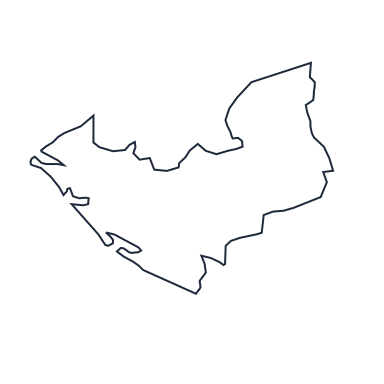 the District of Mulativ, rotated 165°
{"feature_id": "LKA-2458", "entity_name": "Mulativ", "entity_type": "District", "adm_level": 1, "iso_a3": "LKA", "parent_name": "Sri Lanka", "parent_adm1": "", "projection": "orthographic", "projection_center": [80.639, 9.196], "detail": "fine", "context": "isolated", "style": "outline", "palette": "slate", "viewbox_px": 384, "rotation_deg": 165, "n_neighbors": 0, "source": "natural_earth", "source_scale": "10m", "svg_char_len": 1842}
<svg xmlns="http://www.w3.org/2000/svg" viewBox="0 0 384 384"><g transform="rotate(165 192 192)"><path d="M214.5,92.7L259.3,129.2L259.7,129.8L262.3,134.3L266.6,139.6L274.7,147.3L279.9,154.0L275.3,156.4L272.7,155.3L272.4,155.1L268.3,150.0L266.1,148.8L259.3,147.7L256.3,148.6L257.8,151.7L258.3,152.6L277.9,171.0L285.6,175.2L282.6,170.5L280.7,166.1L281.7,162.9L286.9,161.7L289.4,163.3L293.4,175.2L297.0,182.5L311.4,211.4L308.5,210.3L300.5,207.3L295.5,207.2L293.4,212.7L296.4,214.1L302.5,215.1L308.0,218.6L308.1,219.0L308.9,227.3L311.5,227.3L312.7,225.1L313.9,224.2L315.2,223.5L316.9,222.3L318.8,230.0L319.0,230.9L324.4,243.2L331.6,254.2L338.9,259.0L339.5,259.4L340.3,260.2L340.3,262.8L338.5,265.5L335.0,266.8L334.0,265.7L329.8,259.0L325.3,256.6L314.9,253.9L308.9,251.1L311.7,255.0L313.2,257.1L326.9,270.0L326.9,271.3L320.9,273.9L313.6,276.0L307.0,279.9L299.8,282.0L282.3,284.3L267.4,291.3L274.4,265.3L269.8,259.2L257.7,251.8L245.8,249.9L240.2,253.7L234.3,255.2L235.0,250.0L238.6,244.6L234.2,236.8L224.0,235.7L222.7,223.4L210.9,218.9L198.6,219.2L197.7,221.1L197.0,223.1L193.4,225.1L189.7,227.0L183.2,232.8L173.9,236.9L168.0,228.2L158.6,222.2L145.6,222.5L138.2,222.1L131.4,222.7L130.5,228.3L133.4,232.3L138.9,233.2L139.3,236.3L139.3,239.8L140.7,246.3L141.1,252.8L134.3,263.1L123.8,271.7L106.2,282.7L43.7,286.0L48.5,272.3L46.8,269.7L45.0,266.2L46.3,261.8L48.3,257.4L49.6,253.2L51.2,249.4L59.6,246.5L60.1,238.7L59.3,229.7L60.7,224.2L61.0,218.3L60.6,215.5L59.9,212.8L52.9,201.6L50.6,189.1L50.2,176.0L60.1,177.3L59.2,166.6L69.0,153.8L98.1,150.4L108.4,150.2L118.7,152.1L128.7,151.2L135.2,134.6L140.2,134.4L157.5,135.3L167.1,134.7L173.4,131.3L178.7,113.9L180.5,113.3L183.4,117.0L190.8,123.3L199.4,128.0L198.4,119.3L199.5,110.6L207.6,104.2L208.4,97.8L210.2,96.0L212.2,94.7L214.5,92.7L214.5,92.7Z" fill="none" stroke="#1e293b" stroke-width="2"/></g></svg>